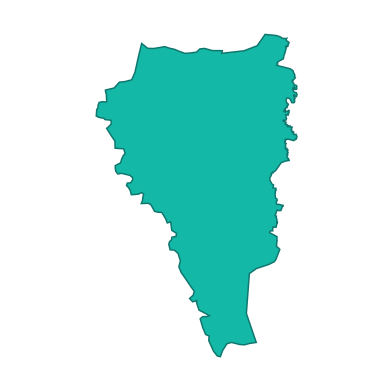 Izzi, Ebonyi, Nigeria (Mercator projection), rotated 184°
{"feature_id": "59680162B3302114520233", "entity_name": "Izzi", "entity_type": "district", "adm_level": 2, "iso_a3": "NGA", "parent_name": "Nigeria", "parent_adm1": "Ebonyi", "projection": "mercator", "projection_center": [8.192, 6.539], "detail": "fine", "context": "isolated", "style": "filled", "palette": "teal", "viewbox_px": 384, "rotation_deg": 184, "n_neighbors": 0, "source": "geoboundaries", "source_scale": "gbopen_adm2", "svg_char_len": 5950}
<svg xmlns="http://www.w3.org/2000/svg" viewBox="0 0 384 384"><g transform="rotate(184 192 192)"><path d="M252.6,336.7L255.2,321.2L257.2,307.4L260.0,299.7L266.5,297.5L272.1,296.5L276.8,290.4L285.5,287.6L285.0,285.3L284.2,283.5L283.8,279.3L283.4,276.7L284.1,275.7L287.4,275.9L290.9,274.9L291.7,272.3L291.7,269.5L292.8,267.5L292.8,261.1L290.0,259.9L285.0,259.4L283.9,258.2L277.7,257.9L277.4,254.0L279.6,251.5L281.6,249.5L276.6,242.7L272.4,237.3L271.8,230.3L263.1,230.3L261.4,225.8L263.1,223.5L264.5,219.8L265.3,216.1L270.4,213.0L270.1,209.9L269.5,207.4L267.3,204.8L263.9,205.7L255.2,204.3L252.1,202.0L252.1,200.0L253.8,196.9L257.2,196.4L257.8,193.8L255.5,191.9L253.5,188.7L252.4,185.1L249.6,185.4L245.1,186.2L242.3,187.9L240.1,186.5L240.6,183.4L240.9,179.7L241.8,176.9L235.3,177.7L232.2,176.6L228.0,170.1L224.9,169.5L220.7,169.5L216.5,163.6L214.5,159.4L211.2,160.7L209.5,152.3L204.7,149.8L204.7,146.7L208.9,145.5L209.2,142.7L210.9,141.0L211.5,138.2L209.8,132.8L205.6,132.8L201.6,129.7L198.8,122.6L199.9,116.4L197.1,110.8L192.5,105.2L185.9,96.7L182.8,93.3L183.7,89.0L187.0,85.6L183.7,82.5L179.7,83.9L179.7,81.7L176.7,74.6L171.9,72.6L166.0,69.8L168.7,68.7L172.7,68.4L175.0,66.1L171.9,57.7L168.5,50.9L164.9,49.5L164.9,44.9L159.3,34.5L155.3,30.2L152.2,29.7L150.3,36.2L146.6,43.0L142.1,44.7L133.7,43.2L129.0,43.2L124.2,44.9L117.4,46.4L129.3,74.6L129.1,114.6L122.3,120.2L110.5,125.0L105.2,128.1L103.7,130.2L100.4,140.9L101.6,142.0L104.1,143.8L103.8,145.3L104.0,147.4L103.7,149.0L104.1,151.7L104.0,152.7L104.1,153.4L111.8,156.9L111.4,158.3L109.4,159.1L108.8,158.9L108.9,160.5L108.8,162.0L109.0,162.4L108.5,162.7L105.7,162.7L105.2,165.9L105.3,166.8L104.8,166.8L104.7,168.3L105.5,168.4L105.3,170.6L105.7,171.1L106.2,172.4L106.1,173.8L106.9,173.9L107.5,174.2L105.8,180.0L104.2,179.5L102.1,179.7L101.1,182.7L101.1,183.5L100.9,183.9L100.2,184.1L100.1,185.0L101.5,185.2L102.1,185.1L102.6,185.4L103.3,185.6L103.6,185.5L104.9,185.8L106.2,185.5L106.7,185.7L107.1,186.6L107.2,188.2L107.0,188.5L106.9,188.9L106.6,189.0L106.6,189.7L106.4,190.0L106.7,190.3L106.8,190.9L108.0,191.7L108.4,192.5L108.8,194.5L109.1,195.3L108.8,196.3L108.9,198.5L108.5,199.2L108.9,199.4L108.7,200.0L108.3,200.0L108.5,201.5L111.5,201.7L111.1,204.7L112.7,205.5L113.4,206.4L115.1,209.3L115.4,211.1L113.8,214.9L114.0,215.4L113.9,215.9L114.2,216.1L113.7,216.6L112.6,216.7L112.8,217.5L111.9,217.7L110.3,218.9L107.2,223.9L105.6,226.8L105.2,227.2L103.6,228.2L101.2,229.2L98.8,229.9L97.3,230.2L97.2,230.4L97.6,231.0L98.2,230.8L98.3,231.3L98.1,231.7L98.3,232.2L98.7,232.1L99.2,233.1L99.5,233.1L99.7,234.1L99.7,235.5L99.2,235.4L99.2,235.8L99.3,236.3L99.7,236.3L99.8,236.8L99.4,236.9L99.4,237.5L98.9,237.8L99.1,238.1L99.5,238.4L99.6,238.7L99.9,238.8L99.6,239.5L99.3,239.6L99.3,239.8L99.6,239.7L99.5,240.3L99.7,240.2L99.8,240.3L99.4,240.6L99.5,240.9L99.8,241.1L100.4,240.9L100.4,241.1L100.0,241.3L100.2,241.7L100.9,241.1L101.3,241.8L101.5,241.6L102.1,242.5L102.0,242.9L101.5,243.3L101.6,243.5L101.9,243.4L102.1,244.9L101.5,246.9L102.8,247.3L102.9,248.2L102.6,248.1L102.6,248.7L102.1,249.6L102.8,250.3L102.6,251.1L98.7,251.3L94.4,250.4L93.5,250.6L92.6,251.6L91.8,252.0L92.0,252.8L91.4,252.9L91.2,255.0L92.0,256.0L92.2,256.8L94.5,256.5L95.1,257.4L94.7,258.4L94.8,259.1L95.1,259.2L95.6,258.3L95.8,258.3L96.2,259.2L96.7,259.4L96.9,260.2L96.7,260.7L96.8,260.9L97.4,261.0L97.6,261.1L97.5,261.4L97.2,261.7L96.6,263.6L96.7,263.8L96.9,263.8L97.4,263.4L97.6,263.4L97.8,263.8L98.7,263.7L98.8,263.8L98.7,264.4L98.8,264.8L99.4,264.6L99.7,264.1L100.2,263.9L100.8,264.0L101.2,263.8L101.6,263.9L101.5,264.3L101.2,264.6L100.6,264.6L100.5,264.9L100.8,265.1L102.0,265.9L103.0,266.1L103.7,266.0L103.6,267.2L103.0,267.8L103.6,268.4L103.9,268.4L104.1,268.9L104.5,269.3L105.8,268.7L105.7,268.8L106.1,269.2L105.8,270.0L105.6,270.1L104.7,270.0L103.8,270.3L103.3,270.3L103.1,270.7L103.1,271.4L102.8,271.7L104.0,275.5L101.7,275.4L101.2,275.6L101.2,275.9L101.8,276.9L101.6,277.1L100.9,277.4L100.8,278.0L100.8,279.6L100.7,279.9L100.8,280.1L101.6,280.1L102.1,279.2L102.4,279.2L104.6,278.4L105.3,278.4L105.7,278.5L106.1,279.0L105.9,279.3L105.6,279.3L105.3,279.1L104.9,279.2L104.3,279.5L104.3,279.8L104.7,280.1L105.2,280.0L105.5,280.2L105.6,280.3L105.5,280.6L104.7,280.9L104.5,281.3L104.9,281.9L104.3,282.7L103.1,282.8L102.8,284.0L103.2,284.6L103.2,284.8L102.8,285.4L102.0,285.6L102.0,286.0L102.1,286.3L102.5,286.6L102.8,287.1L103.0,287.3L103.6,287.3L103.8,287.5L104.4,289.0L104.6,291.1L103.8,292.2L102.8,292.5L101.9,292.3L100.7,291.6L99.7,289.9L99.1,289.4L98.9,289.0L98.9,288.2L98.5,288.1L96.8,288.1L96.2,288.5L95.9,289.1L95.9,289.8L96.3,290.7L96.7,291.2L96.7,291.8L96.4,291.9L95.9,291.9L95.8,292.5L96.1,292.7L96.6,294.2L97.5,295.4L96.8,296.0L96.4,295.9L95.5,294.5L95.2,294.2L94.8,294.3L94.4,294.5L94.1,296.3L94.0,296.7L94.6,297.7L94.8,298.3L96.2,298.5L97.6,299.3L98.2,300.3L98.6,301.6L98.7,302.9L98.0,303.5L97.0,303.6L96.7,303.4L96.7,303.0L97.6,302.8L98.0,302.6L98.0,301.9L97.8,301.7L96.1,301.4L95.3,301.6L94.7,302.0L94.9,303.7L94.7,304.7L95.1,305.3L95.5,305.7L96.6,305.9L97.2,305.6L97.6,305.9L97.9,307.2L98.5,307.7L98.9,308.3L99.4,308.6L99.6,308.9L99.3,309.4L99.5,309.7L99.8,309.7L99.9,310.0L99.3,310.5L98.9,310.3L98.6,311.2L97.7,312.1L97.1,312.9L96.9,313.5L97.4,313.7L97.8,314.3L97.5,315.2L98.0,316.8L98.9,317.9L99.7,320.1L102.7,321.8L116.2,324.2L115.7,324.7L115.5,325.4L116.1,326.7L115.5,326.9L115.5,327.9L110.2,331.2L109.8,334.6L109.2,336.4L108.1,341.7L108.2,342.8L108.7,343.3L108.7,343.9L107.7,344.2L107.0,343.7L106.6,344.0L106.8,344.4L106.6,344.5L106.8,345.0L106.2,345.5L106.5,346.0L106.4,346.4L105.8,346.9L105.6,347.6L106.2,348.5L107.8,349.2L108.5,350.0L108.8,350.6L108.2,351.9L108.8,351.7L112.2,351.5L114.0,352.5L115.3,353.1L117.5,353.7L119.4,354.0L130.1,354.3L137.2,342.4L150.0,336.5L172.0,332.4L171.6,335.1L181.7,334.5L189.4,336.1L194.1,335.3L197.2,331.9L203.5,330.5L208.7,329.8L215.0,331.6L219.4,333.1L224.6,333.9L229.3,335.1L240.1,332.5L246.1,332.2L252.6,336.7Z" fill="#14b8a6" stroke="#0f766e" stroke-width="1.5"/></g></svg>